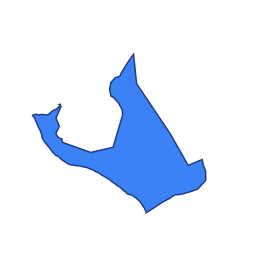 Malgretoute, Soufrière, Saint Lucia (Albers equal-area conic projection), rotated 294°
{"feature_id": "8701671B92996832063401", "entity_name": "Malgretoute", "entity_type": "district", "adm_level": 2, "iso_a3": "LCA", "parent_name": "Saint Lucia", "parent_adm1": "Soufrière", "projection": "albers", "projection_center": [-61.062, 13.843], "detail": "fine", "context": "isolated", "style": "filled", "palette": "blue", "viewbox_px": 256, "rotation_deg": 294, "n_neighbors": 0, "source": "geoboundaries", "source_scale": "gbopen_adm2", "svg_char_len": 3497}
<svg xmlns="http://www.w3.org/2000/svg" viewBox="0 0 256 256"><g transform="rotate(294 128 128)"><path d="M91.2,71.9L91.1,71.7L90.8,69.4L91.9,66.4L94.0,64.3L101.7,64.6L106.3,59.6L108.3,58.1L116.9,58.1L120.1,58.1L122.1,56.4L121.6,55.9L121.6,56.1L121.0,57.0L119.5,56.2L119.2,56.0L118.5,55.9L117.0,55.5L115.5,54.3L114.5,53.3L113.7,52.7L112.6,51.9L111.7,51.5L111.0,51.2L109.9,50.7L109.6,50.6L107.7,49.6L107.0,48.4L106.8,48.1L105.9,46.3L105.9,45.0L104.6,42.4L104.1,42.0L103.7,41.7L103.4,40.1L103.5,39.9L103.4,40.0L103.3,39.6L103.3,38.8L102.6,37.6L100.8,35.7L100.5,36.1L100.3,36.3L100.1,36.6L100.0,36.8L99.9,37.1L99.8,37.5L99.7,38.0L99.2,38.5L98.8,39.0L98.5,39.4L98.4,39.4L97.9,39.9L97.6,40.1L97.4,40.4L97.0,40.7L96.9,40.9L96.7,41.1L96.4,41.4L96.1,41.8L95.8,42.2L95.5,42.6L95.2,43.0L94.8,43.3L94.6,43.4L94.4,43.5L94.1,43.8L93.8,44.1L93.6,44.4L93.3,44.7L93.0,45.0L92.6,45.5L92.3,45.8L91.9,46.3L91.4,47.0L91.0,47.3L90.9,47.7L90.4,48.5L90.1,48.8L89.4,49.3L88.5,50.1L88.0,50.7L87.2,51.5L86.6,52.1L86.2,52.4L85.4,52.9L84.8,53.3L84.1,53.6L83.7,54.1L83.3,54.7L82.7,55.4L82.1,56.2L81.7,56.9L81.2,57.8L81.0,58.2L80.2,59.8L79.6,60.9L78.9,62.4L77.9,64.6L77.3,65.4L76.7,66.5L76.3,67.3L75.5,68.8L74.7,70.5L74.1,71.9L73.8,72.8L73.6,73.6L73.6,74.4L73.8,75.4L73.8,75.7L73.6,76.4L73.5,76.7L73.3,77.4L72.7,78.5L72.2,79.8L72.1,80.2L72.1,81.2L72.0,81.6L71.7,82.3L71.6,82.6L71.6,83.2L71.6,83.7L71.5,84.3L71.5,84.6L71.3,85.2L71.1,86.1L71.1,86.4L70.9,87.1L71.0,87.6L71.0,88.3L71.0,88.6L70.9,89.0L70.9,89.5L71.0,90.0L71.0,90.7L71.2,91.7L71.6,92.3L71.8,92.8L72.0,93.0L72.1,93.6L72.2,94.8L72.4,95.5L72.4,95.8L72.7,96.3L72.9,96.7L73.0,97.0L73.0,97.4L73.3,97.9L73.6,98.9L73.8,99.7L73.9,100.2L74.0,100.8L74.0,101.1L74.0,101.5L74.2,102.2L74.6,104.2L74.8,104.9L74.9,105.2L74.9,105.4L75.0,105.8L75.1,106.2L75.2,106.5L75.3,107.1L75.2,107.7L75.2,108.4L75.1,109.0L75.2,109.4L75.2,109.9L75.2,110.2L75.4,110.8L75.5,111.9L75.5,112.5L75.5,113.2L75.3,114.0L75.3,114.5L75.1,115.3L75.0,116.4L75.0,117.2L75.1,118.0L75.2,118.7L75.1,119.2L75.1,119.7L74.9,120.5L74.9,120.8L74.6,121.9L74.3,123.0L74.2,124.1L74.2,124.5L74.2,125.1L74.2,126.0L74.0,127.0L73.8,127.9L73.9,128.1L73.8,128.6L73.7,129.4L73.6,129.7L73.6,130.1L73.5,131.1L73.3,132.3L73.0,133.4L72.8,134.1L72.4,135.0L72.1,136.2L72.1,137.0L72.0,138.0L71.7,139.0L71.4,140.1L71.2,140.6L71.2,141.2L71.0,142.1L71.0,142.7L70.9,143.4L70.7,144.1L70.7,144.3L70.7,144.8L70.5,145.2L70.4,145.7L70.4,145.9L70.1,146.5L69.9,147.2L69.9,147.5L69.2,148.8L69.1,149.1L68.9,149.7L68.8,150.4L68.7,151.2L68.7,151.4L68.5,152.0L68.4,152.4L68.1,152.7L67.9,153.1L67.7,153.6L67.6,153.9L67.6,154.5L67.7,155.2L67.8,156.0L67.8,156.5L67.8,156.9L68.0,157.2L68.0,157.7L68.2,158.9L68.1,159.5L68.0,159.9L67.9,161.0L67.7,161.7L67.5,163.0L67.3,163.9L66.9,165.2L66.4,166.3L66.2,166.9L66.3,167.1L66.2,167.5L65.9,168.3L65.6,168.8L65.1,169.7L64.5,171.0L64.1,171.6L63.9,172.1L63.3,172.7L62.6,173.3L62.5,173.6L62.2,174.1L62.1,174.5L61.9,175.2L61.6,175.6L61.2,175.9L60.7,176.3L60.5,176.6L60.2,177.1L59.8,177.5L59.5,177.7L59.3,178.0L59.3,178.4L59.3,178.8L59.2,179.0L58.9,179.2L58.7,179.2L58.4,179.2L63.5,182.8L74.2,189.6L80.2,194.3L85.9,197.9L87.4,200.8L90.2,205.0L96.2,212.0L100.6,216.5L101.1,216.7L111.7,220.3L120.1,216.5L125.5,211.2L129.4,208.6L118.3,198.2L140.1,168.6L172.0,117.8L197.6,103.1L190.9,101.6L175.7,99.5L172.0,99.5L168.5,95.7L162.5,93.9L155.9,95.4L150.2,99.5L149.9,103.3L149.5,103.5L147.0,109.2L142.1,115.4L137.8,117.8L104.3,122.2L90.5,103.9L88.2,74.1L91.2,71.9Z" fill="#3b82f6" stroke="#1e3a8a" stroke-width="1.5"/></g></svg>